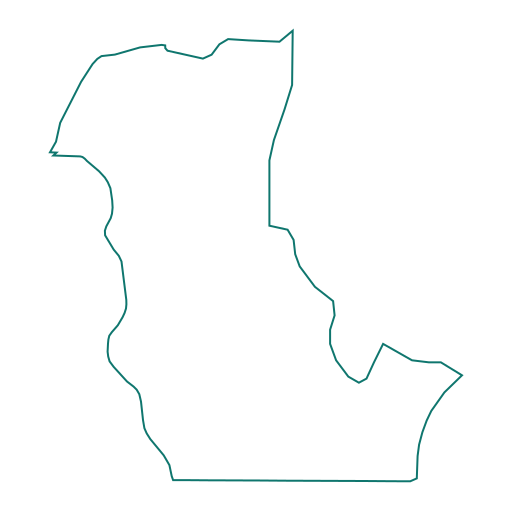 the Region of Kaolack
{"feature_id": "SEN-765", "entity_name": "Kaolack", "entity_type": "Region", "adm_level": 1, "iso_a3": "SEN", "parent_name": "Senegal", "parent_adm1": "", "projection": "equal_earth", "projection_center": [-15.993, 13.984], "detail": "fine", "context": "isolated", "style": "outline", "palette": "teal", "viewbox_px": 512, "rotation_deg": 0, "n_neighbors": 0, "source": "natural_earth", "source_scale": "10m", "svg_char_len": 1428}
<svg xmlns="http://www.w3.org/2000/svg" viewBox="0 0 512 512"><path d="M418.6,448.4L417.6,456.0L416.8,478.4L410.2,481.3L389.7,481.2L363.8,481.0L337.8,480.9L311.9,480.8L285.9,480.7L259.9,480.5L233.9,480.4L208.0,480.3L182.0,480.1L173.1,480.1L171.7,476.1L169.4,465.1L163.7,455.3L150.3,439.1L146.7,433.4L144.4,428.2L143.0,420.0L141.0,401.6L139.3,394.2L136.7,389.7L133.6,386.6L127.0,381.5L113.7,366.9L109.6,361.4L108.2,356.5L107.6,351.7L108.0,343.5L108.4,339.5L109.3,335.7L111.8,332.2L117.8,325.3L122.6,317.2L124.6,312.9L126.0,308.5L126.4,304.3L126.3,299.9L121.5,261.5L118.8,255.8L113.7,249.6L105.1,235.3L104.9,230.7L106.3,226.4L110.7,218.2L112.0,213.7L112.6,207.6L112.2,200.5L110.4,188.2L107.8,182.2L104.9,177.6L99.1,171.3L87.1,161.1L84.8,158.7L82.5,157.0L80.2,156.4L53.4,155.5L56.5,152.6L50.0,152.3L56.0,141.7L60.2,122.8L81.1,81.8L92.6,64.0L97.3,58.9L101.5,56.1L114.9,54.6L140.1,47.4L161.6,44.9L165.2,45.4L165.3,48.2L167.5,50.7L202.9,58.6L211.6,54.7L219.4,44.3L228.1,39.1L248.5,40.4L279.5,41.7L292.7,30.7L292.1,85.0L284.5,109.5L273.9,140.1L269.4,160.4L269.4,197.1L269.4,225.7L287.6,229.7L293.6,239.9L295.2,254.2L299.7,266.4L314.9,286.8L333.1,301.1L334.6,315.4L330.1,329.7L330.1,343.9L336.1,360.3L348.3,376.6L358.9,382.7L366.5,378.6L374.0,362.3L383.1,343.9L412.0,360.3L428.6,362.3L440.8,362.3L462.0,375.3L444.4,392.4L431.3,410.9L426.7,420.5L422.4,432.2L419.1,444.6L418.6,448.4Z" fill="none" stroke="#0f766e" stroke-width="2"/></svg>